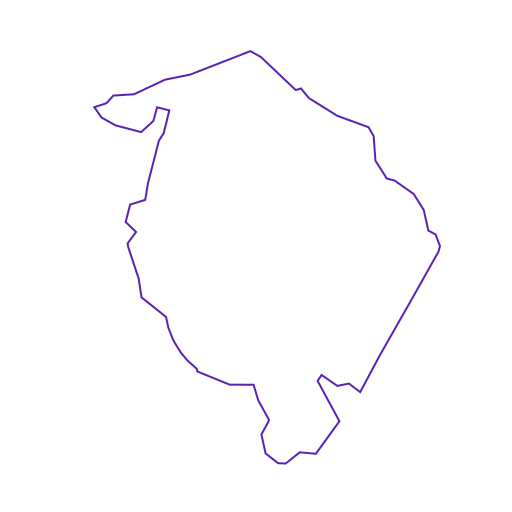 outline of Lexington, South Carolina, United States of America, rotated 188°
{"feature_id": "52423323B37398835360821", "entity_name": "Lexington", "entity_type": "district", "adm_level": 2, "iso_a3": "USA", "parent_name": "United States of America", "parent_adm1": "South Carolina", "projection": "equal_earth", "projection_center": [-81.237, 33.925], "detail": "fine", "context": "isolated", "style": "outline", "palette": "violet", "viewbox_px": 512, "rotation_deg": 188, "n_neighbors": 0, "source": "geoboundaries", "source_scale": "gbopen_adm2", "svg_char_len": 1015}
<svg xmlns="http://www.w3.org/2000/svg" viewBox="0 0 512 512"><g transform="rotate(188 256 256)"><path d="M75.2,291.5L81.2,302.3L88.9,305.2L96.3,324.9L108.4,339.3L129.3,350.0L137.2,350.9L151.0,367.0L156.1,391.0L162.5,399.2L194.9,406.1L225.4,419.6L234.8,428.2L236.6,427.3L239.8,425.9L278.8,453.7L290.1,458.1L346.4,426.5L363.1,420.6L370.9,417.8L399.3,399.2L419.6,395.0L425.3,386.5L436.8,380.9L428.4,371.7L413.3,365.8L387.0,362.7L376.4,375.5L374.6,389.5L362.1,388.1L364.5,364.8L368.2,356.7L373.1,312.9L373.5,296.2L387.8,289.4L389.8,271.5L378.1,263.1L384.9,250.7L383.9,247.3L369.0,217.2L363.6,199.1L336.6,183.1L332.9,173.0L326.8,162.1L324.6,159.0L316.8,149.7L309.4,143.0L298.9,136.0L298.0,133.5L290.6,131.6L264.2,124.9L240.5,128.2L233.6,113.2L220.4,95.7L220.5,94.1L225.8,80.0L219.0,61.8L205.3,53.9L197.8,54.6L185.3,67.7L169.2,68.5L150.4,104.0L177.6,140.9L174.5,147.3L157.4,138.7L146.2,142.6L133.9,135.7L131.0,143.6L119.5,175.0L95.7,235.0L75.9,285.7L75.2,291.5Z" fill="none" stroke="#5b21b6" stroke-width="2"/></g></svg>